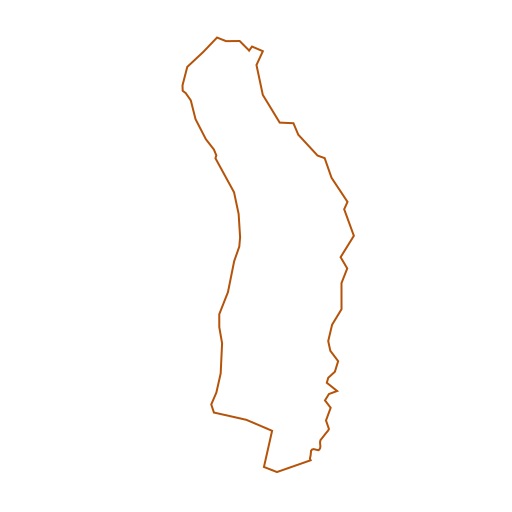 Calvert, Maryland, United States of America (Equal Earth projection), rotated 193°
{"feature_id": "52423323B93110691068578", "entity_name": "Calvert", "entity_type": "district", "adm_level": 2, "iso_a3": "USA", "parent_name": "United States of America", "parent_adm1": "Maryland", "projection": "equal_earth", "projection_center": [-76.573, 38.545], "detail": "fine", "context": "isolated", "style": "outline", "palette": "amber", "viewbox_px": 512, "rotation_deg": 193, "n_neighbors": 0, "source": "geoboundaries", "source_scale": "gbopen_adm2", "svg_char_len": 1120}
<svg xmlns="http://www.w3.org/2000/svg" viewBox="0 0 512 512"><g transform="rotate(193 256 256)"><path d="M307.0,459.2L308.9,454.6L309.0,454.7L316.6,459.5L320.3,461.8L332.7,458.8L333.5,458.6L343.1,460.1L353.0,443.4L365.5,424.8L366.0,405.8L364.6,400.5L361.1,398.9L354.5,392.9L345.7,375.7L331.1,358.5L320.9,350.2L318.3,346.5L317.3,345.2L317.5,342.1L291.7,313.1L282.4,293.1L275.7,270.7L274.4,261.4L276.1,246.1L275.2,214.5L278.7,191.0L275.8,178.5L269.4,163.3L264.0,133.6L263.9,114.0L266.2,101.3L261.8,94.0L228.6,94.2L201.0,89.3L200.8,52.2L187.0,50.2L156.8,69.3L157.9,70.7L157.9,73.6L158.5,78.6L157.9,80.0L156.4,80.8L151.6,80.8L150.8,81.6L150.3,83.3L150.4,84.8L151.7,88.9L151.8,91.0L147.9,99.3L146.5,102.0L146.0,103.8L150.8,111.5L149.1,124.9L156.3,130.8L153.9,137.9L146.6,142.7L158.5,148.4L158.2,153.6L153.1,161.0L152.3,172.0L162.3,180.4L166.5,189.4L166.4,206.2L160.7,223.4L166.6,248.8L164.3,264.4L173.3,273.9L165.2,297.7L180.6,321.4L179.0,329.3L200.0,349.2L211.1,366.8L218.6,367.7L242.1,383.7L249.4,393.8L262.9,391.3L285.6,414.5L298.5,442.2L295.4,457.1L307.0,459.2Z" fill="none" stroke="#b45309" stroke-width="2"/></g></svg>